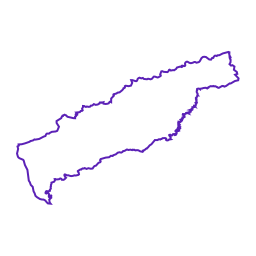 outline of Almeirim, Pará, Brazil, rotated 89°
{"feature_id": "56859067B32800664380983", "entity_name": "Almeirim", "entity_type": "district", "adm_level": 2, "iso_a3": "BRA", "parent_name": "Brazil", "parent_adm1": "Pará", "projection": "equal_earth", "projection_center": [-53.769, 0.405], "detail": "fine", "context": "isolated", "style": "outline", "palette": "violet", "viewbox_px": 256, "rotation_deg": 89, "n_neighbors": 0, "source": "geoboundaries", "source_scale": "gbopen_adm2", "svg_char_len": 5754}
<svg xmlns="http://www.w3.org/2000/svg" viewBox="0 0 256 256"><g transform="rotate(89 128 128)"><path d="M85.7,129.6L86.1,130.4L87.5,130.4L87.9,130.8L88.1,131.8L88.8,132.0L90.1,133.1L92.2,135.8L92.5,137.9L93.3,138.9L94.0,141.8L94.7,142.1L95.5,141.6L98.2,144.3L101.9,144.4L101.4,145.4L101.5,145.9L103.0,146.9L103.4,148.2L103.6,150.0L103.2,152.2L102.6,152.5L101.8,152.2L102.1,153.5L102.0,154.0L102.3,154.3L101.9,155.5L102.2,155.9L103.1,156.1L103.5,157.1L104.0,157.8L104.3,160.0L103.5,161.7L104.7,163.1L105.0,163.8L105.0,164.8L105.9,165.4L106.2,166.8L105.8,168.8L106.1,169.2L106.1,170.2L105.3,171.3L105.2,172.6L106.2,172.6L108.0,173.6L109.5,173.0L110.0,173.5L110.2,175.0L111.3,175.9L111.6,179.2L112.4,178.3L113.6,178.5L113.1,179.9L113.4,180.1L114.9,179.6L115.4,179.9L115.7,180.7L117.3,180.7L117.2,182.4L115.7,188.4L114.3,189.6L114.3,190.0L113.6,191.1L114.4,193.0L114.9,192.9L115.3,193.9L117.0,194.6L119.8,199.3L121.7,199.3L125.5,197.0L129.6,198.8L130.2,200.4L130.5,204.2L131.5,206.2L132.2,207.0L132.2,209.2L132.9,210.0L134.6,210.7L135.1,212.4L137.4,217.0L138.0,220.8L137.8,221.8L138.6,222.8L139.2,224.8L139.3,225.8L140.0,226.5L141.6,231.4L142.4,234.6L142.5,237.7L143.7,237.5L144.5,238.8L146.9,238.2L151.6,239.4L154.3,238.7L155.4,238.2L156.3,237.1L157.9,233.5L158.6,232.9L163.2,231.7L168.1,229.3L178.9,228.1L180.5,227.1L183.2,226.2L185.2,224.3L189.7,223.5L191.6,222.5L194.2,221.7L195.6,220.2L197.5,217.2L198.0,215.3L198.1,213.6L199.1,211.9L200.8,210.6L202.0,209.4L202.3,206.7L201.1,207.6L198.2,208.0L196.7,206.3L195.9,208.0L195.6,208.2L195.2,207.7L195.2,206.0L194.5,205.8L194.1,206.1L194.4,207.6L194.2,208.3L192.8,208.1L191.8,208.6L191.5,209.2L192.1,210.7L191.8,211.5L191.2,211.6L190.2,211.2L189.7,210.7L189.9,208.9L189.4,207.1L188.3,207.2L187.3,206.2L185.5,206.4L184.9,206.0L183.6,206.1L182.5,205.5L181.3,205.5L180.4,202.8L178.8,201.8L177.8,202.2L177.7,201.7L178.1,200.9L178.2,200.0L178.0,197.8L177.4,197.0L177.3,196.3L177.7,195.5L178.6,195.1L178.7,193.3L178.0,192.2L176.7,190.9L176.2,191.5L174.4,192.4L173.5,192.3L173.3,192.0L173.5,191.2L174.3,189.9L174.2,188.6L174.9,186.7L175.1,185.5L174.9,183.9L174.4,182.4L174.6,181.8L174.5,180.5L174.0,178.4L173.5,177.8L171.7,178.1L170.7,178.9L170.1,178.9L168.6,176.3L168.7,175.4L168.1,174.9L167.6,173.9L167.8,172.9L167.3,172.0L168.2,170.2L167.5,168.3L168.1,165.9L167.9,164.1L165.9,162.7L165.4,162.0L165.1,160.7L162.3,158.1L161.7,156.3L160.7,155.9L159.7,156.5L158.6,155.9L157.2,150.8L156.9,147.4L155.5,145.6L155.7,143.8L155.0,143.3L154.1,140.6L152.5,138.7L152.1,136.8L152.5,135.3L151.9,134.0L151.0,133.3L150.8,131.8L149.5,129.6L149.5,129.2L150.0,128.1L149.7,125.9L150.2,124.2L149.7,123.5L150.1,122.4L149.9,122.0L150.5,121.0L150.3,119.3L150.5,118.0L151.5,116.3L152.1,113.8L151.4,113.1L150.8,113.3L150.1,111.5L149.1,110.5L148.9,109.5L148.3,109.2L148.0,108.6L145.7,106.6L144.7,104.9L140.5,101.3L140.6,98.6L139.9,97.7L139.8,96.7L140.1,96.0L139.6,95.2L139.6,94.6L138.8,93.7L138.7,91.2L138.9,90.4L139.5,89.9L140.5,90.2L141.0,89.6L141.1,88.5L140.8,87.8L140.3,87.3L140.0,85.3L139.5,85.9L138.2,85.5L136.2,86.9L135.7,86.9L135.4,86.0L136.3,84.4L136.0,83.7L135.0,83.2L134.8,82.1L135.9,81.3L135.7,80.3L134.9,79.8L134.5,80.5L133.6,79.4L132.1,80.0L131.8,80.6L131.5,80.5L131.0,79.9L131.8,79.1L131.9,77.7L131.6,76.9L131.2,77.1L130.7,78.7L130.4,78.7L130.1,78.0L129.6,78.4L129.2,78.1L129.1,77.5L129.8,76.4L129.0,75.7L128.7,75.9L129.0,77.0L128.4,77.5L128.4,78.0L127.5,77.6L127.3,76.9L127.0,77.5L126.8,77.5L125.7,76.1L125.0,76.6L125.6,77.2L125.6,77.7L123.9,77.7L124.2,77.0L122.6,77.2L122.9,75.5L122.3,75.1L122.2,74.5L121.4,74.4L121.2,75.1L120.6,75.4L120.5,75.1L120.9,74.8L121.0,73.8L120.0,73.8L119.9,73.2L119.5,73.0L119.2,73.6L118.8,73.3L118.4,73.4L118.1,72.7L118.3,72.0L117.9,71.2L117.2,71.3L117.5,71.9L117.3,72.2L116.8,71.9L116.2,72.5L115.7,72.2L115.3,72.5L115.3,72.9L115.0,72.8L115.1,70.9L114.5,69.6L113.9,69.6L113.8,69.2L114.4,67.6L113.8,68.1L113.4,67.6L113.3,67.3L113.6,66.7L113.2,66.2L113.4,65.9L112.9,65.7L112.8,65.0L111.9,64.9L111.4,64.2L111.0,65.8L110.6,64.6L109.6,63.8L109.6,63.2L109.0,63.2L108.8,62.8L108.3,63.0L108.2,61.6L107.2,61.6L107.6,60.8L107.3,61.0L106.6,60.5L106.6,59.9L105.2,59.9L105.0,59.3L104.0,58.8L103.6,59.7L103.0,59.0L102.2,58.9L101.8,59.3L100.7,59.0L100.5,59.4L99.9,59.2L99.7,59.6L99.0,59.6L98.0,58.4L96.7,58.1L96.7,57.7L96.3,58.1L95.5,57.7L94.6,57.9L93.9,58.5L92.9,58.7L92.1,58.6L91.8,58.2L91.1,58.4L90.1,58.2L89.8,57.0L90.0,56.6L89.9,56.2L90.5,55.3L90.3,55.3L90.3,54.9L89.8,54.3L89.8,53.1L89.4,52.2L89.1,49.8L89.8,48.2L89.1,47.8L89.2,46.9L88.4,46.4L87.6,44.7L87.8,44.0L87.6,43.1L87.8,42.6L87.5,41.6L87.9,41.2L87.8,39.7L88.7,38.4L88.7,37.9L89.2,37.5L89.4,37.0L89.4,36.4L87.6,33.1L87.7,32.2L87.9,32.0L87.8,31.6L88.3,30.8L87.7,29.2L85.2,25.6L85.3,24.6L82.9,20.3L82.2,17.0L80.3,16.6L76.6,20.0L75.8,17.8L73.9,18.2L71.6,21.1L68.4,20.5L67.0,22.5L67.4,23.9L65.9,25.4L64.2,24.4L61.6,24.2L60.6,24.5L60.5,24.9L58.9,25.2L58.8,24.4L56.6,25.5L55.6,25.3L55.0,25.7L54.1,25.3L53.7,26.2L55.1,31.9L56.8,35.4L56.9,37.3L57.6,38.0L57.2,39.1L57.2,39.8L58.2,41.0L59.4,41.5L59.5,42.7L61.1,43.8L60.9,45.6L58.4,48.8L58.1,50.5L58.3,51.9L59.4,53.3L62.4,55.0L63.2,55.8L63.5,56.6L63.9,58.4L63.2,59.7L63.2,60.6L63.9,62.2L64.3,64.0L63.9,65.5L62.8,67.3L62.7,67.9L62.9,68.6L63.6,69.5L64.8,69.9L66.2,69.6L67.0,70.1L67.1,70.9L66.6,72.4L66.7,73.0L67.8,72.9L68.0,73.4L67.5,74.7L68.4,78.0L69.7,78.8L71.1,80.9L70.9,81.8L71.3,84.2L70.4,85.3L70.6,85.9L72.1,86.7L72.8,87.6L72.5,91.2L71.8,92.8L72.0,93.7L75.0,94.9L75.9,94.3L76.6,94.5L77.8,96.7L78.0,97.6L77.1,100.2L77.1,101.4L79.2,103.2L79.7,104.5L79.1,107.1L79.6,108.1L79.3,110.8L79.1,111.5L78.2,112.3L78.6,113.9L77.9,115.6L78.3,116.6L79.1,117.5L80.8,118.1L81.3,118.8L81.2,119.9L80.2,122.8L80.2,124.0L82.9,123.0L85.7,124.3L86.2,126.6L85.7,129.6Z" fill="none" stroke="#5b21b6" stroke-width="2"/></g></svg>